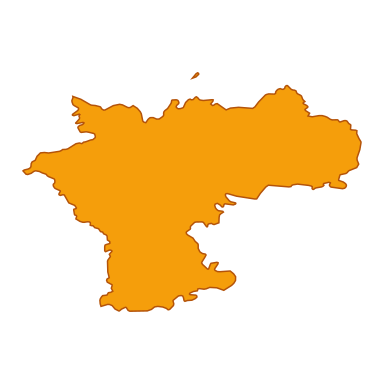 SVG path tracing the border of Ul'yanovsk
{"feature_id": "RUS-2395", "entity_name": "Ul'yanovsk", "entity_type": "Region", "adm_level": 1, "iso_a3": "RUS", "parent_name": "Russia", "parent_adm1": "", "projection": "natural_earth1", "projection_center": [47.861, 53.792], "detail": "fine", "context": "isolated", "style": "filled", "palette": "amber", "viewbox_px": 384, "rotation_deg": 0, "n_neighbors": 0, "source": "natural_earth", "source_scale": "10m", "svg_char_len": 5963}
<svg xmlns="http://www.w3.org/2000/svg" viewBox="0 0 384 384"><path d="M286.3,85.6L287.5,85.6L291.3,89.4L292.9,90.0L294.6,90.2L296.0,90.9L296.7,92.8L297.4,93.7L300.6,95.3L301.5,96.1L302.8,99.5L304.9,101.6L303.4,102.5L303.1,103.2L303.5,103.8L306.6,105.4L307.8,106.5L307.7,107.4L305.0,109.4L305.1,110.0L305.7,110.7L309.6,113.2L308.0,116.0L312.2,116.8L319.1,115.6L322.1,115.6L325.1,116.4L327.3,117.3L330.3,119.3L332.2,119.9L337.4,119.8L337.9,120.0L339.4,121.8L340.1,122.0L344.2,120.6L345.9,120.6L347.1,121.2L348.7,123.5L350.6,124.7L350.8,125.3L350.5,129.4L351.6,129.9L355.7,130.2L356.9,130.7L356.7,133.7L359.0,138.6L360.9,141.7L361.0,142.7L359.8,149.7L357.0,157.9L357.1,160.1L358.7,164.1L356.7,167.6L349.1,170.6L347.8,171.7L347.5,172.4L345.9,173.5L340.3,174.7L339.9,175.2L338.7,179.3L338.7,180.4L343.3,182.0L345.6,183.7L346.4,185.1L346.3,186.1L345.6,187.4L344.6,188.2L342.6,188.7L331.1,187.1L330.4,186.7L329.5,185.5L329.6,184.4L330.4,183.1L330.4,182.7L328.8,182.3L323.7,183.5L323.3,184.2L323.9,185.3L323.2,186.1L321.7,186.9L316.5,187.8L315.2,188.2L313.6,189.4L313.0,189.4L312.4,189.0L312.1,188.5L312.2,186.6L311.1,186.0L308.7,185.4L297.5,184.1L293.0,184.8L291.8,185.4L290.9,186.6L288.9,186.9L268.4,185.2L265.8,187.0L260.4,193.3L256.7,198.9L254.9,199.0L236.6,196.2L227.6,193.6L226.2,193.7L225.7,194.0L225.4,194.6L225.5,195.6L225.9,196.8L229.4,200.9L230.9,201.8L235.2,202.8L235.7,203.1L235.8,203.6L235.4,204.1L233.3,204.9L225.0,203.8L224.0,204.5L223.6,206.3L222.9,207.0L222.3,207.0L221.8,206.8L220.0,204.9L217.5,203.4L216.2,203.7L215.1,204.2L214.7,205.5L215.5,207.9L216.6,209.4L218.4,210.7L222.2,211.2L222.9,211.4L223.4,212.1L220.8,213.8L219.6,214.9L219.1,217.4L218.9,222.8L214.2,224.5L213.3,224.4L211.5,223.4L208.9,223.8L208.0,224.4L207.5,226.6L207.0,226.9L206.0,226.0L203.6,222.6L203.0,222.2L202.1,221.9L196.2,222.0L194.7,222.3L190.8,226.0L190.3,227.1L190.5,228.4L190.1,229.3L186.9,231.5L186.2,232.3L186.5,233.8L187.9,235.1L193.0,238.1L195.1,241.3L197.8,243.7L198.2,244.8L198.2,248.4L199.6,251.3L200.3,252.2L202.4,253.5L205.3,254.1L205.8,254.5L206.0,255.1L205.0,257.0L201.9,262.0L201.7,263.1L202.6,264.5L207.3,268.9L208.0,269.2L208.7,268.7L210.4,264.2L211.0,263.3L216.9,262.3L218.1,262.7L218.0,263.8L214.7,268.8L214.6,269.6L215.1,270.4L217.5,271.6L220.2,271.7L230.2,271.0L233.6,273.8L235.6,276.7L235.5,280.5L233.8,283.3L231.6,285.4L223.8,290.3L216.8,287.8L209.7,287.4L206.2,288.8L204.0,289.2L199.5,288.6L197.9,288.9L197.4,290.8L193.4,291.5L190.3,292.9L189.6,293.5L189.5,294.1L190.2,294.7L195.6,295.1L196.3,295.4L196.9,296.2L196.8,297.3L195.1,298.7L191.9,300.2L187.5,300.5L184.9,301.3L184.1,300.7L183.4,297.5L182.7,296.0L181.2,295.5L178.5,295.9L173.4,300.1L173.0,300.8L173.8,303.9L173.4,305.6L169.8,309.3L168.9,309.7L168.1,309.8L166.4,308.4L162.7,307.0L157.8,306.4L154.6,306.9L151.5,309.4L147.3,310.9L129.8,311.2L128.1,310.4L126.4,307.7L125.8,307.3L124.7,307.6L121.6,309.1L119.4,310.9L118.7,310.9L115.0,309.0L112.2,305.6L109.6,304.5L107.7,304.4L101.0,306.4L100.2,303.8L99.9,300.3L100.3,298.8L101.5,296.9L102.7,295.6L106.9,295.1L108.4,292.7L110.9,292.3L112.8,291.2L111.3,288.2L112.1,285.8L112.0,284.7L107.3,282.2L106.6,280.4L107.0,279.1L109.2,277.7L107.8,272.0L107.5,261.1L108.0,259.9L110.3,256.7L110.3,256.2L109.3,254.3L111.9,251.4L111.9,250.9L111.3,250.4L110.1,250.0L108.9,250.3L105.6,251.7L105.1,251.4L104.7,250.6L104.7,246.8L105.0,245.2L106.0,244.6L109.1,243.7L109.9,243.2L109.8,241.8L109.4,241.3L107.4,240.0L107.1,236.1L106.3,235.0L103.6,233.8L102.7,232.1L100.5,231.6L98.7,228.9L98.3,228.6L94.8,227.7L93.1,225.8L91.3,225.6L90.2,225.2L90.4,222.8L90.0,222.3L89.3,221.9L87.4,221.8L84.1,222.3L82.5,222.2L80.0,221.4L75.9,218.9L76.7,216.2L76.3,215.5L74.7,214.9L74.4,214.2L73.7,209.8L73.8,209.3L74.3,209.1L76.1,208.6L76.4,207.9L74.7,205.4L68.8,202.9L64.3,195.0L62.9,194.7L60.4,195.4L59.2,194.9L58.9,194.3L59.0,193.7L60.3,191.3L60.1,190.7L55.2,188.5L54.3,187.6L53.3,185.9L53.3,184.3L54.6,183.0L54.9,181.9L54.8,180.2L54.4,179.2L53.9,178.8L48.5,176.6L47.2,175.7L46.3,174.4L45.5,174.0L42.2,172.9L39.4,171.5L35.6,170.8L34.0,171.3L31.2,173.3L27.7,174.5L26.0,174.2L23.0,170.9L24.2,170.0L27.9,169.1L29.7,168.3L30.9,166.8L31.2,163.6L32.1,161.9L35.2,160.3L37.1,156.2L40.4,152.9L44.4,152.5L48.6,153.0L59.6,151.3L61.2,150.6L62.7,149.5L65.7,149.4L67.7,148.9L76.0,143.7L79.4,143.0L81.7,143.6L82.4,143.3L83.5,142.2L85.7,141.8L90.6,140.0L92.9,139.6L94.9,137.9L95.3,137.2L95.2,135.8L94.6,134.0L93.5,133.4L88.6,132.2L86.2,131.8L81.2,132.4L80.2,131.9L78.1,128.2L77.9,127.2L78.5,126.4L79.8,125.4L82.3,124.7L83.2,124.0L83.9,123.2L83.9,122.7L82.8,122.4L77.0,123.6L75.8,123.3L75.7,123.0L79.4,118.9L79.6,117.7L79.0,116.3L79.1,115.7L79.9,114.6L79.2,114.1L73.9,115.7L72.5,115.2L72.4,114.7L72.6,114.3L77.6,110.6L78.4,109.6L78.6,108.7L78.3,107.9L74.2,105.6L73.0,104.6L72.0,101.9L71.9,100.5L73.0,97.5L72.8,96.4L80.9,99.3L90.4,104.8L91.6,105.2L95.2,105.5L100.0,106.7L100.7,107.2L101.7,108.9L103.6,110.1L105.0,110.0L113.3,105.6L119.6,104.3L122.5,104.9L127.5,107.4L128.8,107.7L130.2,107.5L133.1,105.6L137.3,108.3L140.3,111.8L141.3,113.8L142.8,121.1L143.8,122.1L145.8,122.7L148.1,119.3L149.7,117.9L150.7,117.6L153.2,117.6L156.7,119.1L159.2,119.0L162.9,116.4L163.7,115.1L163.6,113.1L163.9,111.9L164.8,110.7L167.5,108.6L168.1,107.8L170.8,103.7L171.3,102.7L171.7,100.4L172.3,100.0L176.2,99.8L177.6,100.2L178.3,101.0L178.9,102.4L178.7,103.6L176.7,105.4L176.1,106.8L176.5,107.6L178.2,108.8L180.3,108.6L182.7,107.9L183.4,107.4L185.6,102.5L188.4,99.7L190.1,99.1L191.2,99.8L193.1,99.6L195.3,97.3L196.3,96.8L197.6,97.6L199.3,99.6L200.4,100.1L203.3,100.5L212.1,99.7L213.2,99.9L212.9,101.2L210.7,104.0L212.5,105.5L213.6,105.3L215.3,104.0L217.2,103.6L226.1,109.9L230.4,108.1L238.6,107.3L252.7,108.4L254.9,106.9L258.6,102.0L265.4,95.0L266.7,94.4L268.8,93.9L274.5,94.1L275.6,93.3L275.6,92.1L276.6,90.5L278.2,89.2L280.2,88.6L282.0,89.3L283.3,89.3L284.6,88.4L285.2,86.6L286.3,85.6ZM197.7,72.8L198.6,73.4L198.7,74.3L196.0,76.9L192.4,78.2L196.2,73.6L197.7,72.8Z" fill="#f59e0b" stroke="#b45309" stroke-width="1.5"/></svg>